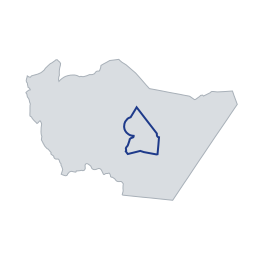 Borkou, Borkou, Chad shown in context, rotated 96°
{"feature_id": "50815135B4564368173337", "entity_name": "Borkou", "entity_type": "district", "adm_level": 2, "iso_a3": "TCD", "parent_name": "Chad", "parent_adm1": "Borkou", "projection": "mercator", "projection_center": [19.353, 16.669], "detail": "fine", "context": "in_parent", "style": "outline", "palette": "blue", "viewbox_px": 256, "rotation_deg": 96, "n_neighbors": 0, "source": "geoboundaries", "source_scale": "gbopen_adm2", "svg_char_len": 4181}
<svg xmlns="http://www.w3.org/2000/svg" viewBox="0 0 256 256"><g transform="rotate(96 128 128)"><path d="M195.2,76.0L195.2,82.0L195.2,88.1L195.2,94.1L195.2,100.0L195.3,106.0L195.3,112.0L195.3,117.9L195.3,123.9L195.3,125.8L195.1,126.6L194.8,126.8L191.8,126.3L190.4,126.3L188.6,126.7L185.8,126.9L184.1,126.8L182.8,127.9L181.9,129.1L182.3,132.0L182.2,133.0L181.8,134.0L181.0,134.9L180.2,135.6L179.7,136.2L179.1,137.5L178.6,138.1L178.7,138.9L178.5,139.8L178.0,140.3L176.7,140.6L175.9,141.0L175.3,141.6L174.8,142.1L175.0,142.7L175.4,143.5L175.5,144.8L175.7,145.6L176.3,146.2L176.7,146.7L176.8,147.2L176.4,147.7L174.9,148.6L174.3,149.0L173.6,149.4L173.3,149.6L172.1,150.5L171.6,151.3L171.3,152.0L171.3,152.9L171.9,154.3L172.5,155.4L172.8,156.3L172.9,157.2L172.9,158.1L172.5,158.9L172.0,159.7L169.8,161.0L168.8,162.5L167.9,164.2L167.7,165.2L167.9,165.9L168.4,166.4L169.0,166.7L169.9,166.8L171.5,166.5L172.9,166.3L174.4,166.9L175.2,168.4L174.9,169.5L175.5,171.5L176.0,173.9L176.0,174.7L176.2,175.0L177.1,175.1L177.4,175.7L177.0,179.9L177.5,181.0L178.1,181.9L178.8,182.3L179.6,182.9L179.9,183.2L180.8,183.3L181.7,184.1L182.0,185.1L181.9,186.1L181.4,188.2L180.9,189.6L180.4,189.5L179.3,189.2L177.9,188.9L176.2,188.6L174.7,189.2L173.0,190.0L172.4,190.5L171.9,190.8L171.2,190.8L170.5,190.9L170.1,191.4L169.5,192.0L167.0,193.2L166.5,193.7L166.2,194.1L166.2,194.6L166.4,195.6L166.4,196.8L165.9,197.8L165.2,198.5L164.5,198.7L163.9,198.9L163.5,199.3L162.2,201.6L161.7,202.0L160.5,201.9L157.3,205.3L157.0,206.3L155.8,207.7L154.3,209.3L152.9,210.0L152.8,210.3L152.5,210.6L151.6,211.0L148.8,212.9L145.3,212.8L143.8,213.5L142.3,213.9L140.2,214.2L139.5,214.2L136.7,214.4L133.5,214.3L132.2,214.6L131.1,215.3L130.2,215.9L130.1,216.2L130.2,216.4L130.2,216.6L132.4,218.2L133.0,219.0L132.4,219.7L132.2,219.8L131.8,220.4L130.4,222.2L128.4,224.3L127.4,224.9L127.0,225.3L126.4,226.6L126.1,226.8L124.7,227.0L121.9,227.2L118.1,227.6L115.8,227.8L114.4,227.6L112.4,228.6L111.7,228.8L111.2,228.9L109.2,229.8L107.6,231.3L107.0,231.5L104.7,232.2L103.8,233.1L103.3,233.2L101.9,231.9L100.8,230.7L100.3,229.5L100.3,229.2L100.0,229.2L99.2,229.8L98.5,230.4L98.2,231.5L95.8,232.3L93.7,232.9L92.8,233.8L91.3,234.2L89.5,234.0L88.1,233.7L86.7,233.6L87.3,232.5L87.6,231.8L87.7,230.8L87.6,230.2L86.7,229.8L86.2,229.3L85.0,226.3L83.8,223.3L82.0,220.2L80.1,218.3L78.8,217.1L78.3,217.0L77.6,216.6L77.1,216.3L74.6,214.2L72.0,211.9L71.4,210.8L70.1,209.3L68.6,207.6L67.8,206.9L67.5,205.6L68.5,204.4L69.6,202.8L70.9,201.8L72.6,201.8L75.4,202.2L78.5,202.3L81.5,202.0L82.2,201.8L83.0,201.8L84.6,202.2L87.5,202.1L88.9,201.5L87.3,200.4L85.7,198.8L84.1,196.9L83.1,195.3L82.2,193.2L81.4,190.5L80.9,187.1L81.0,185.2L81.3,183.8L82.1,181.5L81.5,180.2L81.7,179.1L81.6,177.6L81.3,176.8L80.2,174.1L80.0,173.8L79.0,172.0L78.6,169.0L77.5,167.0L75.7,166.0L74.7,164.8L74.4,162.7L73.7,162.2L70.9,161.5L68.6,161.4L66.9,159.1L64.8,156.0L62.8,153.2L61.5,147.6L60.7,144.3L61.6,143.3L63.2,141.0L65.3,136.6L70.1,129.7L72.5,126.2L77.3,120.9L83.3,114.5L86.6,110.8L87.1,104.1L87.7,97.0L88.2,91.7L88.7,85.3L89.1,79.9L89.5,76.0L89.9,70.5L90.3,69.4L92.7,65.1L92.8,64.5L92.4,63.7L89.1,60.0L88.0,59.2L87.5,57.3L88.3,56.2L84.3,49.9L83.3,49.1L82.9,48.4L82.8,47.2L82.8,42.9L81.7,36.0L80.3,28.0L85.0,25.8L88.6,24.0L93.1,21.8L97.3,24.1L103.5,27.4L109.6,30.6L115.7,33.9L121.8,37.2L127.9,40.5L134.0,43.7L140.2,47.0L146.3,50.2L152.4,53.5L158.5,56.7L164.6,59.9L170.8,63.1L176.9,66.4L183.0,69.6L189.1,72.8L195.2,76.0Z" fill="#d9dde1" stroke="#a8b0b8" stroke-width="1"/><path d="M143.3,125.9L144.9,126.3L145.0,126.3L145.6,126.5L147.6,127.8L148.5,128.0L149.6,127.7L150.7,127.5L151.2,127.7L151.4,127.8L152.5,126.8L153.9,125.5L151.7,119.4L149.5,113.4L150.3,109.7L151.3,97.0L151.0,95.9L141.9,96.0L134.0,96.2L133.9,97.1L133.6,97.6L132.8,98.3L131.8,98.6L130.7,98.7L130.4,98.8L116.9,111.7L106.5,121.6L108.3,122.4L117.0,126.5L117.9,128.2L118.8,129.4L121.9,131.4L124.2,132.0L127.2,132.0L129.4,131.4L130.7,130.7L131.5,130.1L132.4,129.3L132.8,128.9L134.2,126.8L134.3,126.6L134.9,125.2L135.1,124.0L135.2,123.2L135.2,122.8L135.2,122.4L135.2,121.6L135.5,121.6L136.0,121.5L136.7,121.9L137.9,124.2L138.9,125.1L140.6,125.3L143.3,125.9Z" fill="none" stroke="#1e3a8a" stroke-width="2"/></g></svg>